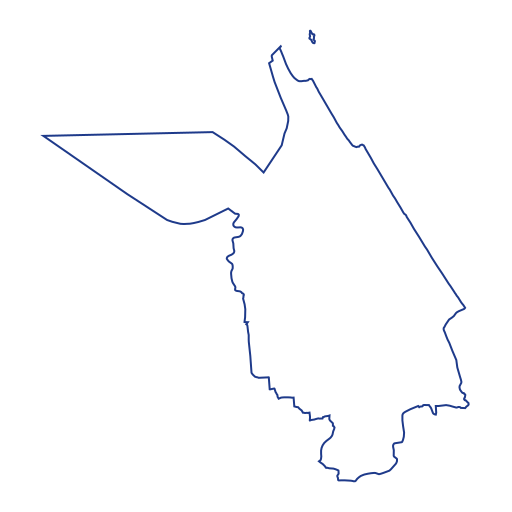 Mueang Songkhla, Songkhla, Thailand (Mercator projection)
{"feature_id": "78962969B11995131192654", "entity_name": "Mueang Songkhla", "entity_type": "district", "adm_level": 2, "iso_a3": "THA", "parent_name": "Thailand", "parent_adm1": "Songkhla", "projection": "mercator", "projection_center": [100.614, 7.127], "detail": "fine", "context": "isolated", "style": "outline", "palette": "blue", "viewbox_px": 512, "rotation_deg": 0, "n_neighbors": 0, "source": "geoboundaries", "source_scale": "gbopen_adm2", "svg_char_len": 5993}
<svg xmlns="http://www.w3.org/2000/svg" viewBox="0 0 512 512"><path d="M465.1,307.8L463.3,305.0L462.1,303.6L461.0,302.1L458.1,297.4L456.7,295.7L455.7,294.0L454.9,293.0L454.4,292.1L450.4,286.0L448.7,283.7L442.1,273.4L437.3,266.3L431.8,257.7L427.0,249.5L424.9,246.5L418.9,236.6L413.9,228.8L410.4,222.6L406.7,216.9L406.4,216.0L405.9,215.1L405.7,214.8L404.2,213.8L403.2,212.3L400.6,207.7L397.2,202.2L395.0,198.4L393.0,195.5L389.8,189.7L388.4,187.7L377.5,169.3L373.8,163.4L370.8,157.8L365.5,148.8L365.0,147.5L363.7,145.4L363.3,145.3L362.4,144.7L361.6,144.7L360.3,145.2L359.9,145.5L359.6,145.8L359.3,146.4L359.0,146.7L357.6,146.7L356.5,147.1L356.3,147.0L355.4,146.8L354.2,146.2L353.3,146.0L352.3,145.2L349.8,141.9L348.8,140.4L347.2,138.7L346.0,136.8L344.5,134.7L342.4,131.3L339.6,127.4L338.4,125.3L336.8,122.9L333.8,117.3L331.4,113.4L322.3,97.8L318.7,91.7L317.1,88.3L316.4,87.4L313.1,80.9L311.7,78.9L311.0,79.1L309.8,78.9L309.0,79.3L308.0,80.3L306.4,80.7L305.2,80.9L304.2,80.8L301.4,81.2L299.7,81.2L298.9,81.1L297.6,80.5L295.5,78.9L294.2,77.8L292.6,75.9L290.7,73.2L288.2,68.7L286.0,64.0L283.1,56.2L282.0,53.6L281.3,51.8L279.5,47.8L280.8,46.5L280.7,46.3L271.9,55.2L271.7,56.0L271.8,56.8L272.7,60.6L269.1,63.2L273.0,76.8L274.6,82.0L280.7,97.7L286.2,110.5L287.8,114.6L288.3,116.6L288.2,121.0L286.7,128.3L284.5,133.5L281.7,145.3L263.6,172.5L255.3,164.3L245.0,155.9L234.1,146.6L224.4,139.7L212.6,132.1L43.4,135.9L127.1,194.0L167.1,220.0L172.3,221.8L180.4,223.8L183.9,224.0L190.0,223.7L193.5,223.1L198.3,222.0L205.0,220.0L228.2,208.5L235.1,213.7L237.7,213.9L238.4,214.2L238.8,214.8L238.8,215.1L238.6,216.1L238.2,216.8L236.6,219.1L233.8,222.5L233.3,223.8L233.3,225.0L233.6,225.8L234.1,226.4L234.9,227.0L235.9,227.4L237.5,227.5L240.6,227.3L241.7,227.6L242.2,227.9L242.7,228.4L243.1,229.5L243.0,230.9L242.7,231.9L242.0,233.9L241.4,234.8L240.3,236.1L239.3,236.6L238.4,236.9L235.1,237.4L234.2,237.6L233.6,237.9L232.8,238.7L232.5,239.5L232.5,240.5L233.3,243.4L233.6,248.2L234.3,251.0L234.2,251.7L234.0,252.4L233.6,253.1L232.7,253.9L231.5,254.7L229.1,255.7L227.7,256.6L227.1,257.3L226.8,258.2L226.8,258.8L227.3,259.6L228.4,261.0L229.0,261.6L231.5,263.4L232.1,263.9L232.4,264.5L232.7,265.9L232.7,268.2L232.5,268.9L231.4,271.1L231.1,272.6L231.1,273.8L231.5,278.2L232.3,281.6L232.8,282.8L235.2,286.5L235.4,287.7L235.1,288.9L235.1,289.8L235.3,290.2L235.7,290.5L236.4,290.8L237.2,291.0L239.0,291.2L240.3,291.5L241.4,292.2L241.7,292.6L242.1,293.2L243.3,293.7L243.8,294.5L243.8,295.2L243.4,296.0L243.5,296.8L243.1,298.6L244.6,304.3L245.3,309.2L245.1,317.3L244.5,322.0L244.9,322.1L247.8,322.2L246.3,324.3L247.1,324.9L247.4,325.7L248.1,331.9L248.7,335.0L248.7,339.6L248.8,341.9L250.3,355.9L251.5,372.6L251.8,373.3L252.9,374.7L255.0,376.7L256.6,377.2L257.4,377.3L258.7,377.8L267.4,377.4L268.7,377.3L268.8,377.4L269.7,389.3L270.0,389.4L274.2,388.5L274.5,388.7L275.6,392.1L276.2,393.0L276.9,394.4L277.4,395.0L277.6,396.8L278.7,398.7L280.8,397.7L281.9,397.5L284.6,397.3L285.8,397.3L290.0,397.4L292.2,397.7L293.6,397.6L294.3,406.4L296.5,407.0L298.1,407.2L299.4,408.7L301.7,410.5L302.9,412.7L303.8,412.7L304.1,412.9L305.4,413.0L307.0,412.8L308.0,413.0L308.9,412.7L309.5,412.6L310.0,416.6L310.0,417.6L309.8,420.4L309.9,420.5L311.2,420.0L314.5,419.5L315.3,419.2L317.4,418.6L318.5,418.4L319.2,418.6L322.5,418.5L323.0,417.1L324.0,416.9L324.9,416.4L328.4,415.9L329.5,415.5L329.3,418.6L329.4,419.4L330.0,420.5L332.6,423.0L332.8,423.2L332.9,423.6L332.9,425.8L333.8,426.3L334.0,426.8L334.5,427.4L334.2,428.9L333.2,431.4L332.5,434.6L331.9,435.9L330.6,437.6L329.7,438.4L326.3,441.0L324.2,443.0L322.6,445.4L321.6,447.9L321.1,450.5L321.1,453.8L321.3,456.5L321.0,458.9L320.7,459.7L320.4,460.3L319.0,461.3L320.6,462.6L322.7,464.0L324.5,465.8L325.2,466.6L325.7,467.5L326.2,467.9L326.9,467.7L329.4,468.3L333.5,468.6L335.7,469.3L337.9,470.2L338.4,470.5L338.5,470.9L338.6,473.7L337.5,475.4L337.3,475.8L337.4,476.7L337.9,477.7L338.1,479.7L338.3,480.2L338.7,480.4L344.2,480.3L350.9,480.7L352.2,480.9L353.9,481.3L355.1,481.2L355.7,480.8L357.2,478.8L358.9,477.3L360.7,476.0L362.8,475.1L364.4,474.5L368.0,473.7L371.1,473.2L374.3,472.9L375.5,473.0L378.6,474.1L379.5,474.1L381.0,473.7L383.4,472.9L389.3,470.7L389.7,470.4L391.0,469.2L395.8,463.8L396.2,463.2L396.9,461.5L397.0,460.4L397.0,459.2L396.8,458.7L394.1,456.6L393.7,455.8L393.8,450.2L393.1,446.8L393.1,445.4L393.3,444.8L393.7,444.1L394.2,443.5L394.7,443.3L401.7,442.2L401.9,442.1L402.2,441.8L403.0,439.9L403.8,436.8L404.1,432.6L403.1,426.2L402.4,420.4L402.4,415.6L402.6,414.5L403.2,413.4L404.1,412.6L405.3,411.8L410.4,409.2L418.2,406.0L419.2,407.2L420.1,406.6L422.2,406.4L422.5,406.0L423.0,405.7L423.2,405.2L423.9,405.0L429.0,405.1L429.7,406.3L430.6,407.3L431.2,408.4L432.9,412.9L433.2,413.4L433.8,413.9L434.8,414.4L435.8,414.6L436.2,412.7L435.8,406.0L438.6,406.0L446.1,405.1L449.7,405.7L452.0,406.4L456.0,407.5L456.9,407.5L458.4,407.0L459.2,407.0L460.1,407.2L460.8,407.9L465.2,408.1L466.4,406.6L467.8,405.6L468.5,404.8L468.6,404.5L468.5,403.1L466.9,401.6L466.6,401.2L466.1,400.8L465.8,400.4L465.4,400.3L465.2,400.1L464.7,400.1L464.1,399.2L464.2,398.3L464.8,397.7L465.3,395.1L465.2,394.5L464.9,394.3L464.3,394.0L464.2,393.5L463.8,393.1L462.5,392.9L462.0,392.4L461.2,391.4L460.0,389.6L459.8,388.9L459.5,387.4L459.6,386.1L461.3,382.8L461.4,381.8L460.9,379.6L460.2,377.4L457.6,368.5L457.3,367.4L456.3,360.0L452.4,350.9L449.3,342.9L447.6,339.6L446.4,336.6L444.8,332.3L443.9,330.4L443.6,329.0L443.8,327.8L444.5,326.9L445.7,324.5L449.1,319.5L451.8,317.7L453.8,316.1L455.9,313.2L457.0,312.2L459.0,311.1L464.0,309.0L464.4,308.7L465.1,307.8ZM312.8,34.4L312.3,34.1L311.9,33.2L311.3,32.3L310.8,31.1L310.2,30.7L310.0,30.8L309.9,31.1L310.1,32.1L309.7,34.5L310.1,36.3L310.0,36.8L309.5,37.6L309.4,38.4L309.5,38.6L311.2,39.8L312.2,41.9L313.0,42.9L313.4,43.1L314.4,43.2L314.5,43.1L314.5,42.6L314.8,41.9L314.9,41.1L314.6,40.6L314.4,40.5L313.7,39.7L313.5,39.2L313.9,38.6L314.0,37.7L313.9,36.5L314.4,35.7L314.4,35.2L314.2,34.5L313.8,34.3L313.5,34.2L312.8,34.4Z" fill="none" stroke="#1e3a8a" stroke-width="2"/></svg>